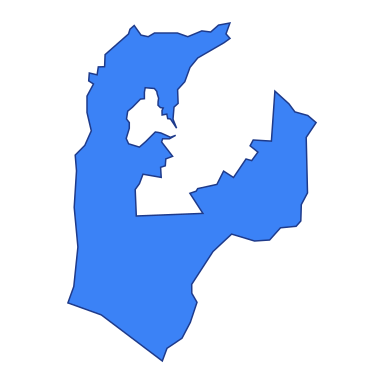 Bukhara, Bukhoro, Uzbekistan
{"feature_id": "79887680B68174345072699", "entity_name": "Bukhara", "entity_type": "district", "adm_level": 2, "iso_a3": "UZB", "parent_name": "Uzbekistan", "parent_adm1": "Bukhoro", "projection": "orthographic", "projection_center": [64.472, 39.582], "detail": "fine", "context": "isolated", "style": "filled", "palette": "blue", "viewbox_px": 384, "rotation_deg": 0, "n_neighbors": 0, "source": "geoboundaries", "source_scale": "gbopen_adm2", "svg_char_len": 1532}
<svg xmlns="http://www.w3.org/2000/svg" viewBox="0 0 384 384"><path d="M67.9,302.9L101.3,314.9L162.3,361.0L167.0,348.3L182.0,338.2L190.3,322.4L197.0,302.3L191.8,293.3L191.7,284.3L213.0,251.5L231.6,234.1L254.5,241.0L269.6,240.0L280.5,227.8L296.1,226.3L300.8,221.0L301.3,204.6L307.5,192.9L306.2,137.4L316.1,122.6L307.8,115.5L294.9,111.9L288.9,103.8L274.9,91.1L271.4,141.1L253.2,140.0L250.1,145.8L257.9,152.1L251.7,160.6L246.0,159.0L233.5,177.5L223.6,171.1L216.9,184.4L197.7,188.6L196.1,191.2L189.9,193.3L202.9,213.4L136.3,216.0L135.2,189.5L139.4,183.7L143.0,174.2L161.2,177.4L160.6,167.3L165.3,165.8L165.8,158.9L172.6,156.3L161.6,142.0L162.6,138.8L169.4,138.8L175.7,135.3L170.5,137.3L164.8,134.7L161.0,133.0L158.1,132.4L155.3,132.0L145.8,141.5L139.4,147.1L128.6,143.8L126.2,138.5L129.3,128.3L129.3,122.6L126.5,119.0L127.7,111.2L132.5,107.2L140.4,99.1L144.4,98.7L144.4,92.2L145.2,87.7L154.4,88.5L156.8,91.4L157.2,93.8L158.6,98.2L158.1,101.6L158.0,105.2L160.4,107.6L163.2,108.0L162.0,110.5L162.1,115.0L166.8,114.1L167.7,118.6L170.5,119.0L176.6,128.2L173.0,119.2L174.0,107.1L178.1,103.4L177.6,89.6L184.8,81.7L190.0,67.4L197.8,57.9L224.2,42.6L230.0,38.4L226.0,33.9L229.9,23.0L218.5,25.1L210.7,32.0L201.8,30.9L187.8,36.7L177.4,33.0L154.5,33.0L148.2,36.7L141.0,35.1L134.2,25.5L130.0,29.2L128.5,34.0L105.1,54.6L104.6,66.7L98.3,66.9L97.1,74.8L89.3,73.0L88.7,80.9L93.5,84.0L87.0,96.1L87.0,112.5L91.3,130.8L84.8,145.4L75.2,155.1L76.5,170.9L74.2,207.4L77.9,247.0L73.8,286.5L67.9,302.9Z" fill="#3b82f6" stroke="#1e3a8a" stroke-width="1.5"/></svg>